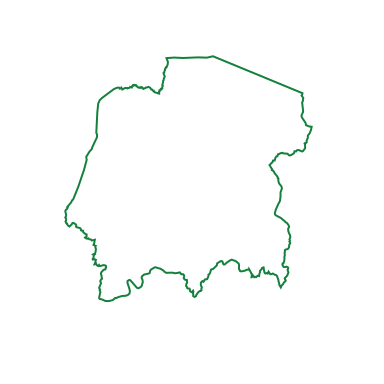 the district of Siem Pang, Stœng Trêng, Cambodia, rotated 202°
{"feature_id": "14789045B29647510840066", "entity_name": "Siem Pang", "entity_type": "district", "adm_level": 2, "iso_a3": "KHM", "parent_name": "Cambodia", "parent_adm1": "Stœng Trêng", "projection": "natural_earth1", "projection_center": [106.38, 14.216], "detail": "fine", "context": "isolated", "style": "outline", "palette": "green", "viewbox_px": 384, "rotation_deg": 202, "n_neighbors": 0, "source": "geoboundaries", "source_scale": "gbopen_adm2", "svg_char_len": 6006}
<svg xmlns="http://www.w3.org/2000/svg" viewBox="0 0 384 384"><g transform="rotate(202 192 192)"><path d="M302.0,131.5L301.5,131.5L301.4,130.5L301.5,129.4L302.3,128.2L302.3,126.7L300.0,123.5L299.8,122.4L299.9,120.8L299.2,120.5L298.3,119.2L298.1,118.4L298.3,117.4L297.1,116.1L296.1,116.0L295.9,115.4L294.3,114.4L292.7,114.1L291.4,116.9L291.2,118.5L290.0,118.9L287.5,118.4L286.9,117.9L286.5,116.5L286.1,116.1L282.3,116.6L281.4,116.2L280.6,114.9L279.9,114.8L278.5,115.3L277.7,113.9L274.6,113.0L273.9,113.2L273.1,111.4L273.4,110.3L274.1,109.7L273.8,109.5L273.3,109.8L272.4,109.3L271.7,109.4L270.8,110.2L269.8,109.7L268.0,110.1L266.8,109.5L264.2,111.3L263.4,107.2L263.5,106.0L261.1,106.0L261.1,104.9L259.6,102.9L259.5,102.1L259.0,100.7L258.9,98.7L260.0,97.4L258.9,97.5L259.5,96.2L258.6,94.2L259.0,92.6L258.5,92.2L257.1,93.1L255.7,93.1L255.5,91.4L254.9,90.6L255.3,90.2L255.3,88.4L253.8,89.3L252.8,88.5L251.3,88.2L250.9,89.5L249.9,88.8L249.5,88.9L246.4,91.2L244.4,91.4L244.1,91.1L243.4,89.9L243.6,88.5L243.3,88.0L243.5,87.6L244.8,86.8L245.9,83.9L246.0,82.6L245.6,81.7L244.5,80.5L243.5,78.5L242.9,77.9L243.5,76.7L243.7,74.9L242.2,73.5L242.2,68.5L241.6,67.6L240.7,67.2L240.8,66.3L239.5,65.0L238.6,59.5L238.3,58.8L237.6,58.3L234.7,58.7L231.4,58.5L228.3,59.7L225.2,61.9L224.0,63.8L223.6,65.0L222.6,65.2L220.9,67.0L217.7,69.5L214.7,70.9L213.0,72.3L211.9,74.4L212.4,76.8L214.1,79.2L217.4,83.1L218.3,84.6L218.4,85.4L217.3,86.9L216.1,87.1L207.3,82.6L205.8,82.6L205.0,83.3L203.9,84.8L203.5,85.9L203.8,89.7L204.8,91.8L206.5,93.5L206.8,94.3L206.7,95.3L205.4,97.6L201.8,100.0L201.1,100.7L200.9,101.2L201.3,103.6L201.0,104.6L198.5,108.0L197.7,108.5L192.6,109.0L189.2,108.5L187.5,107.7L185.6,107.4L180.2,109.8L177.3,110.3L174.6,111.8L173.7,112.7L173.1,112.9L171.8,111.9L171.2,112.1L170.3,111.9L169.6,112.4L168.6,112.1L167.6,111.0L167.5,109.2L167.1,108.8L166.1,108.2L165.1,108.1L163.8,108.5L162.6,106.3L162.8,104.4L162.2,102.5L161.5,102.4L160.3,101.0L159.5,101.0L158.2,101.5L157.5,100.9L156.7,99.4L154.9,98.9L154.6,99.0L154.0,100.9L153.5,100.4L153.3,99.0L151.8,95.9L150.2,95.7L149.3,97.0L149.4,98.3L148.6,101.6L147.5,103.2L146.7,103.6L146.4,104.6L147.0,105.4L147.2,107.4L148.9,108.8L149.8,111.3L149.0,113.3L147.8,113.0L147.5,113.6L147.3,115.7L145.3,116.9L145.2,120.3L145.8,121.6L145.2,122.3L144.9,123.5L145.3,127.2L143.5,128.7L141.5,133.2L141.9,135.0L141.7,135.7L139.5,138.6L138.9,139.0L137.8,139.0L136.0,136.9L135.1,136.7L134.3,137.4L133.6,139.1L131.3,142.6L129.9,144.1L125.7,144.3L122.0,143.2L121.0,141.9L119.9,138.9L119.3,137.9L118.5,137.5L118.0,136.8L117.3,136.7L116.1,137.1L113.6,138.8L111.9,140.6L110.2,141.3L110.3,141.9L106.8,139.1L106.5,138.6L105.8,138.4L105.4,138.0L105.1,135.7L104.9,135.3L104.3,135.9L104.2,137.4L102.4,136.3L101.9,137.0L100.7,137.0L99.8,138.9L98.3,139.2L98.8,141.1L98.9,142.9L99.4,144.2L98.5,146.9L98.6,147.9L97.4,148.9L95.7,146.0L94.2,144.1L93.5,143.9L92.2,144.9L91.5,144.6L91.2,144.8L91.2,146.8L88.7,145.1L87.5,145.6L86.5,146.7L84.4,146.3L83.1,146.5L81.9,146.1L78.9,142.8L78.1,141.2L77.1,140.2L76.3,138.7L73.9,136.8L73.8,139.2L73.0,140.7L73.0,142.3L72.3,143.5L71.9,144.8L72.0,145.3L72.8,145.6L73.7,146.8L72.4,150.2L72.5,153.6L74.2,155.5L74.2,157.3L74.6,158.0L76.5,158.2L77.6,157.3L78.4,156.9L79.1,156.9L80.5,157.9L81.1,158.8L81.2,159.8L80.5,160.1L80.6,162.4L81.4,165.2L82.0,166.2L82.2,168.1L83.3,170.0L83.3,171.0L84.1,172.8L83.8,173.5L81.8,175.1L81.5,175.7L81.4,177.3L82.1,179.6L81.7,181.2L81.9,181.7L83.1,182.4L82.9,183.5L83.9,184.6L83.9,186.9L84.3,187.7L85.2,189.0L86.5,190.0L88.1,191.9L89.1,194.1L88.9,196.1L89.1,196.6L91.1,198.1L92.2,198.8L93.7,199.0L95.9,200.0L97.7,200.4L99.7,201.2L105.1,201.7L105.9,201.9L106.7,202.5L107.2,203.3L107.7,207.0L107.5,212.8L107.1,216.6L108.2,220.9L109.8,224.9L109.9,228.2L110.2,229.5L111.5,231.0L113.5,232.0L115.0,233.1L116.5,235.4L116.9,236.8L117.7,237.0L117.8,237.6L119.8,239.0L122.7,240.5L123.1,241.1L124.4,242.0L125.2,242.1L125.9,242.8L126.3,242.5L126.7,243.4L130.2,246.0L128.4,250.4L128.7,251.4L127.2,252.2L127.5,252.7L127.2,253.4L127.5,254.6L127.1,256.6L126.2,257.2L126.4,259.1L124.9,260.3L124.6,261.1L122.7,262.2L122.4,261.9L121.2,262.2L117.7,263.3L116.0,262.4L115.0,262.5L113.7,263.7L112.0,266.1L112.2,268.2L110.7,268.6L110.3,270.0L109.8,270.4L108.6,270.9L105.1,270.8L104.4,271.6L103.5,274.9L105.0,278.5L105.8,279.1L105.7,279.5L104.6,280.3L104.3,281.1L105.0,282.7L104.9,285.5L105.7,287.8L104.9,290.4L104.9,294.0L105.5,297.3L107.8,296.7L111.3,296.7L112.7,298.7L117.6,302.0L118.9,303.3L119.2,304.9L119.0,307.5L119.3,308.7L123.4,316.2L123.3,318.1L123.7,319.1L124.0,320.8L126.5,322.5L126.3,323.3L126.6,325.0L223.4,325.7L228.4,322.2L236.8,319.1L250.5,312.9L258.8,310.0L265.8,306.6L263.0,303.5L262.3,301.0L262.3,298.5L262.4,298.2L262.9,297.8L262.6,297.3L263.0,296.7L263.1,295.7L262.7,294.8L262.8,293.6L262.5,292.7L263.0,291.6L260.5,288.8L260.6,286.5L260.2,285.1L260.4,284.2L259.8,282.6L259.8,280.8L259.3,279.5L258.8,279.4L258.8,277.5L258.4,276.9L258.9,276.3L258.7,275.9L258.8,275.6L259.5,275.8L259.7,274.8L260.2,274.2L259.7,273.5L260.2,272.8L260.1,272.0L259.3,271.4L259.3,270.9L264.2,270.5L264.9,271.1L265.3,271.0L265.5,271.6L266.6,271.5L267.7,272.1L268.2,271.8L269.7,272.9L271.6,273.2L273.3,271.8L273.9,271.6L274.2,270.9L275.0,270.3L275.5,269.4L276.2,269.5L277.0,270.2L277.3,269.8L277.7,270.0L278.4,269.6L278.2,270.2L278.4,270.3L279.3,269.5L280.7,269.1L280.9,268.8L281.7,268.8L282.9,269.6L283.3,269.4L283.6,269.9L284.1,270.2L285.2,269.4L285.7,269.7L286.3,269.4L286.1,269.2L286.6,267.8L286.9,268.0L287.2,267.7L287.5,266.7L287.3,266.4L288.6,266.3L288.5,265.8L289.6,264.7L290.8,264.3L290.8,263.9L292.9,263.5L294.9,261.1L295.2,261.6L295.7,261.5L296.5,262.1L296.5,261.5L296.8,261.3L297.1,261.5L297.7,260.9L297.9,261.3L298.8,261.4L300.1,260.9L301.9,259.3L302.8,258.4L308.0,249.9L310.7,245.4L311.9,242.7L312.1,239.0L309.7,230.6L302.9,211.0L301.6,209.8L300.6,207.3L301.2,196.6L301.1,193.9L302.2,191.0L303.2,185.3L303.1,184.7L301.7,182.4L300.4,171.8L299.4,154.3L299.4,140.5L300.1,139.3L300.1,137.3L302.0,131.5Z" fill="none" stroke="#15803d" stroke-width="2"/></g></svg>